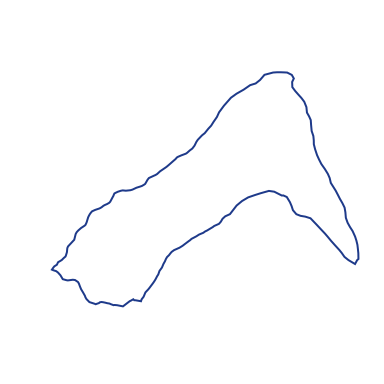 Khamdang, Tashi Yangtse, Bhutan (orthographic projection), rotated 79°
{"feature_id": "84629894B8594333696948", "entity_name": "Khamdang", "entity_type": "district", "adm_level": 2, "iso_a3": "BTN", "parent_name": "Bhutan", "parent_adm1": "Tashi Yangtse", "projection": "orthographic", "projection_center": [91.563, 27.489], "detail": "fine", "context": "isolated", "style": "outline", "palette": "blue", "viewbox_px": 384, "rotation_deg": 79, "n_neighbors": 0, "source": "geoboundaries", "source_scale": "gbopen_adm2", "svg_char_len": 3255}
<svg xmlns="http://www.w3.org/2000/svg" viewBox="0 0 384 384"><g transform="rotate(79 192 192)"><path d="M289.5,41.4L283.8,40.4L279.4,40.0L275.4,39.7L271.1,39.9L266.9,40.4L261.0,41.8L256.5,43.6L251.9,45.1L246.7,45.9L241.2,45.3L236.4,45.2L231.6,46.5L227.0,48.1L222.8,49.3L218.1,50.7L213.7,52.4L209.6,54.0L204.5,54.2L200.1,55.2L194.8,57.2L189.2,59.7L184.3,61.1L179.7,62.2L173.5,63.0L168.4,63.3L164.5,62.6L160.2,62.2L154.9,62.9L148.9,62.3L144.1,61.7L140.2,62.6L136.0,64.0L130.5,63.5L124.8,64.6L120.7,66.6L116.7,69.0L112.6,71.4L108.2,73.5L103.1,72.7L100.0,70.4L96.1,71.7L92.9,75.8L91.7,80.7L90.7,85.6L90.2,89.6L90.8,98.5L95.0,103.8L97.6,108.8L98.2,114.5L101.4,121.8L104.0,129.5L106.9,135.8L113.4,144.2L118.9,150.2L123.1,153.2L127.4,157.6L130.5,160.5L133.0,163.9L136.7,168.3L138.1,171.0L138.6,171.8L141.8,176.3L143.6,178.1L147.0,180.7L149.4,183.4L150.8,186.3L152.6,189.3L153.2,190.7L154.0,195.5L154.8,199.1L155.2,200.2L156.6,202.0L158.2,204.8L160.9,209.4L162.3,211.9L162.7,212.7L165.6,219.4L167.7,222.8L168.4,224.7L168.6,225.7L169.8,230.6L170.1,231.7L171.5,233.3L175.1,236.4L175.7,237.7L176.5,240.0L176.8,242.1L177.2,245.7L178.3,250.0L178.5,252.2L178.1,256.7L177.5,258.7L177.2,259.7L177.2,261.6L177.6,264.7L178.1,266.7L178.6,268.4L179.5,269.1L180.8,269.9L182.2,271.1L183.7,272.3L185.9,274.1L186.8,275.3L187.6,277.6L188.1,279.9L188.6,281.5L189.7,283.6L190.2,285.0L190.5,286.1L191.1,290.5L191.9,293.8L193.0,295.2L194.3,296.6L196.0,298.0L197.1,298.8L201.8,301.3L203.2,302.3L203.9,302.8L204.5,303.7L205.0,304.9L206.2,307.8L208.0,310.9L209.4,312.8L210.9,314.1L211.7,314.5L216.4,316.7L221.8,324.1L223.3,325.1L227.3,326.3L230.1,327.8L231.2,328.5L232.1,330.1L233.0,331.5L233.8,332.6L234.5,334.3L235.0,335.8L235.4,336.9L237.6,338.5L238.2,340.0L238.7,341.3L239.8,342.6L240.9,343.7L241.5,344.3L242.2,343.3L243.8,340.4L245.5,338.9L248.7,337.0L252.9,335.5L254.6,332.1L255.1,330.8L255.4,325.7L256.1,323.6L257.9,321.8L258.6,321.1L260.3,320.5L263.4,320.0L266.3,319.4L269.6,318.2L273.5,316.9L275.0,316.7L277.0,316.0L280.5,313.7L283.2,308.8L283.8,307.9L283.6,307.0L283.3,304.6L282.7,303.5L282.7,301.9L283.2,300.4L283.9,298.7L284.5,297.4L284.9,296.6L285.8,294.2L286.5,293.3L287.5,291.6L288.1,290.7L288.1,289.7L288.8,287.2L291.1,281.6L287.3,274.0L287.0,272.8L286.1,270.1L287.2,269.4L287.5,268.1L289.5,262.9L287.8,262.0L285.6,259.5L281.7,256.9L280.3,255.0L279.4,253.7L277.8,251.8L276.6,250.5L274.9,248.6L273.6,247.2L272.4,246.0L270.9,244.6L267.9,242.2L266.6,240.9L263.3,239.0L260.4,235.9L257.1,233.7L254.9,231.8L252.8,230.4L251.1,228.9L249.6,226.6L248.7,225.6L248.0,224.8L246.9,223.4L245.6,220.6L245.0,217.9L244.7,216.7L244.3,214.9L243.0,211.5L241.6,208.7L239.6,204.6L239.0,203.2L237.9,201.4L237.4,199.7L236.3,196.1L235.2,193.4L234.8,191.7L234.2,188.7L233.2,186.6L232.7,184.6L231.7,181.9L230.4,178.3L229.6,176.7L228.4,171.6L226.7,169.4L224.1,167.1L222.2,164.0L221.0,159.0L213.8,150.8L210.4,144.6L208.0,137.9L207.0,130.8L206.3,124.8L205.6,116.3L207.4,111.2L212.6,104.5L212.8,103.0L215.0,99.9L220.7,97.8L224.9,96.9L229.1,96.4L233.7,93.8L236.1,90.0L237.8,85.5L240.4,80.7L244.6,78.0L247.7,76.0L253.3,72.5L258.2,69.4L261.7,67.4L266.5,64.8L271.2,62.0L277.1,58.4L280.5,56.6L284.8,54.7L288.7,51.4L293.8,45.7L290.4,42.9L289.5,41.4Z" fill="none" stroke="#1e3a8a" stroke-width="2"/></g></svg>